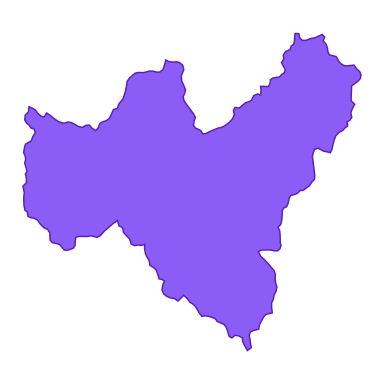 outline of Pará de Minas, Minas Gerais, Brazil
{"feature_id": "56859067B11787427214632", "entity_name": "Pará de Minas", "entity_type": "district", "adm_level": 2, "iso_a3": "BRA", "parent_name": "Brazil", "parent_adm1": "Minas Gerais", "projection": "natural_earth1", "projection_center": [-44.604, -19.846], "detail": "fine", "context": "isolated", "style": "filled", "palette": "violet", "viewbox_px": 384, "rotation_deg": 0, "n_neighbors": 0, "source": "geoboundaries", "source_scale": "gbopen_adm2", "svg_char_len": 4140}
<svg xmlns="http://www.w3.org/2000/svg" viewBox="0 0 384 384"><path d="M28.0,216.5L31.0,217.7L33.9,218.1L37.6,220.2L40.6,224.5L44.2,228.0L47.5,229.3L49.9,232.8L49.9,236.6L50.1,240.1L52.2,242.6L55.6,243.3L59.5,244.5L62.0,247.4L64.5,250.2L67.5,250.2L70.7,249.2L73.3,248.2L75.1,245.2L75.2,241.3L75.8,237.3L78.8,236.5L82.0,236.4L86.9,236.5L91.2,235.8L94.2,236.6L97.1,237.3L100.5,235.5L102.6,233.1L104.7,230.7L107.1,228.8L110.1,226.1L113.4,223.3L117.5,220.6L119.0,225.9L122.7,227.8L123.4,232.3L126.9,236.2L129.7,239.2L131.1,243.9L134.2,245.6L138.0,245.0L141.4,245.4L144.6,244.5L144.6,249.2L145.5,253.7L146.7,256.6L149.1,260.3L150.0,265.5L153.1,267.2L156.2,269.9L157.9,274.7L159.0,278.8L162.1,279.5L164.5,281.1L162.7,285.1L162.0,290.1L163.8,293.9L166.6,296.3L170.1,297.8L174.4,298.5L178.0,301.0L181.0,298.1L183.6,295.3L186.7,297.9L190.1,302.4L192.9,304.0L195.2,306.3L197.2,309.3L199.1,312.7L201.8,316.3L205.8,315.8L208.9,316.4L212.6,317.5L215.3,318.7L217.1,321.4L220.7,323.0L223.9,324.4L226.1,326.9L227.7,331.5L229.1,336.3L231.8,337.9L235.3,335.2L238.8,336.0L242.4,337.7L242.6,341.4L244.7,345.6L247.4,350.5L251.3,347.6L250.6,344.1L249.9,339.3L249.2,335.5L250.4,331.9L253.9,330.3L258.6,329.3L259.6,324.4L261.6,320.7L263.7,316.8L266.1,314.3L269.2,313.6L272.3,312.9L271.6,307.4L271.6,302.9L273.3,299.4L274.0,295.1L276.0,291.4L276.9,286.9L275.8,283.8L275.1,279.1L275.4,274.6L274.0,270.5L271.2,267.3L268.5,264.0L265.6,260.9L260.7,256.2L258.3,251.6L261.6,250.0L265.2,250.0L270.0,249.9L274.3,250.8L277.5,250.9L279.8,249.0L281.0,245.8L280.2,242.5L280.2,238.9L280.1,234.9L279.8,231.2L278.1,227.2L280.8,224.3L281.8,219.7L282.2,215.1L282.2,211.2L283.5,208.2L286.7,206.6L288.1,203.2L289.1,198.4L290.6,195.6L294.3,194.6L297.6,193.2L300.0,190.6L303.4,190.3L306.0,188.3L309.3,185.8L312.1,181.8L314.5,179.3L314.8,175.7L314.2,170.6L313.5,164.8L313.0,160.6L312.4,156.5L313.1,153.3L314.5,149.4L318.0,148.2L321.1,149.8L323.6,151.2L327.0,151.8L330.4,152.7L332.0,149.1L333.0,144.5L334.1,140.4L335.7,135.9L339.0,132.4L342.7,130.4L345.4,127.6L347.7,126.0L347.0,122.1L349.6,120.3L351.8,117.5L350.8,112.7L352.4,108.6L354.7,104.2L351.1,100.7L351.2,95.5L351.5,90.0L351.6,85.9L354.4,83.9L357.6,81.6L360.3,78.6L361.0,74.9L359.6,71.5L356.8,69.1L354.0,65.1L350.5,65.5L346.8,65.9L344.0,65.5L341.5,64.1L339.4,62.1L337.8,59.3L336.0,56.5L332.5,55.7L329.5,54.9L327.9,51.8L327.4,47.8L326.1,44.2L323.2,40.8L324.7,37.1L322.1,34.4L319.0,35.9L315.1,37.8L311.1,38.4L306.2,40.3L302.4,40.4L299.8,37.9L298.8,33.6L295.0,33.5L294.7,37.6L294.4,41.1L293.8,44.2L291.2,46.0L290.1,49.6L285.5,51.6L283.2,55.4L283.8,59.1L281.5,62.6L283.5,66.4L285.2,69.5L284.4,72.7L281.7,74.5L279.4,77.1L276.3,77.4L273.1,78.0L270.4,79.7L270.1,83.4L268.3,86.6L264.5,86.4L260.7,86.3L261.0,90.9L260.6,95.0L257.6,94.0L253.7,95.6L251.6,100.3L248.7,101.8L245.7,102.7L242.6,105.2L239.1,108.1L235.1,107.4L233.4,110.1L234.3,114.6L232.4,119.0L229.5,122.2L225.5,125.3L221.6,127.4L218.0,128.1L214.0,129.8L208.8,132.0L205.4,133.8L202.7,133.8L200.9,130.6L198.4,129.3L195.5,128.1L193.6,125.6L193.9,121.7L195.4,117.5L193.6,113.9L190.3,109.6L187.3,105.4L185.3,102.7L183.8,99.9L183.2,96.7L184.7,93.3L185.5,89.8L183.8,85.5L181.7,80.9L181.3,75.8L183.8,69.7L182.7,65.1L179.5,62.6L176.5,61.8L173.0,62.1L169.2,61.7L165.8,60.0L164.6,64.6L163.0,69.6L159.8,72.0L157.0,72.2L153.6,71.3L149.7,71.0L146.2,72.0L142.7,72.7L139.0,72.4L135.4,73.1L132.6,75.2L129.7,77.8L127.2,81.3L126.3,87.1L125.5,90.8L124.5,94.4L123.4,98.0L121.6,100.6L118.8,104.0L117.3,108.5L113.5,109.5L111.3,114.5L109.3,118.5L106.1,120.7L102.3,122.0L99.6,123.8L98.4,127.6L95.7,130.6L91.9,128.1L89.5,125.1L86.0,125.3L82.2,127.4L77.9,126.3L74.9,124.4L71.3,122.6L68.0,122.0L64.0,123.3L58.6,121.7L54.3,118.7L50.9,115.9L46.8,113.0L43.9,117.0L41.1,116.2L37.9,113.4L35.6,110.2L32.8,108.4L29.0,106.8L28.4,112.1L25.3,115.0L24.7,119.9L26.6,123.2L29.2,125.1L30.8,127.9L34.2,129.1L35.3,132.7L32.7,136.8L31.4,140.7L28.3,142.5L25.5,144.1L24.4,147.9L23.6,152.6L25.0,155.5L25.7,159.0L24.7,163.3L26.2,168.0L27.1,171.3L25.4,174.1L26.3,177.3L26.5,182.6L23.0,186.2L24.3,192.5L23.8,197.0L23.8,200.9L24.0,205.5L25.0,210.3L27.3,211.9L28.0,216.5Z" fill="#8b5cf6" stroke="#5b21b6" stroke-width="1.5"/></svg>